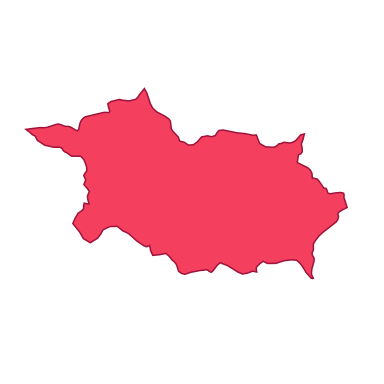 an SVG outline of Louangphrabang, rotated 77°
{"feature_id": "LAO-3289", "entity_name": "Louangphrabang", "entity_type": "Province", "adm_level": 1, "iso_a3": "LAO", "parent_name": "Laos", "parent_adm1": "", "projection": "albers", "projection_center": [102.548, 20.095], "detail": "fine", "context": "isolated", "style": "filled", "palette": "rose", "viewbox_px": 384, "rotation_deg": 77, "n_neighbors": 0, "source": "natural_earth", "source_scale": "10m", "svg_char_len": 2747}
<svg xmlns="http://www.w3.org/2000/svg" viewBox="0 0 384 384"><g transform="rotate(77 192 192)"><path d="M242.0,44.3L243.3,49.7L244.2,52.2L244.8,53.5L245.4,54.4L246.5,54.9L248.4,54.6L251.7,56.1L253.7,58.4L256.7,64.8L260.9,73.9L263.3,78.0L267.1,82.7L269.1,84.6L269.9,85.3L271.3,85.9L273.7,86.2L275.0,86.5L276.2,87.1L277.9,88.4L279.2,88.9L280.8,88.9L281.7,88.6L283.3,88.1L284.5,88.0L286.7,88.6L294.2,92.6L297.8,93.8L299.3,94.0L300.0,94.0L303.3,93.1L303.5,93.8L303.2,94.6L302.8,95.3L295.9,99.0L288.3,101.5L285.0,103.3L281.9,105.5L280.3,111.2L279.7,118.0L280.4,126.5L278.6,134.6L275.5,138.3L277.2,142.2L279.7,146.1L282.1,146.8L284.5,146.9L283.7,148.9L282.8,150.6L283.5,155.8L283.3,161.2L280.6,165.0L271.7,173.9L267.3,180.5L269.0,183.8L273.7,189.5L274.6,191.4L273.3,193.0L271.7,194.2L270.8,196.1L270.9,198.2L270.3,201.4L270.0,211.4L270.6,217.5L268.9,220.6L266.3,222.9L259.6,223.4L256.4,224.7L253.6,226.8L249.5,228.7L246.0,231.2L245.8,237.8L244.9,244.5L240.0,245.5L234.6,245.3L235.2,248.6L233.4,251.2L227.3,256.8L219.4,262.3L216.8,264.8L214.6,267.9L208.6,272.6L207.2,280.0L208.9,287.3L212.6,290.5L215.8,294.4L218.6,302.5L213.0,308.3L205.7,310.5L195.9,315.2L191.2,311.7L186.9,307.6L185.8,304.4L184.1,301.5L181.4,300.8L178.6,299.6L179.7,297.3L180.4,294.9L176.6,295.2L172.8,294.9L170.5,293.5L168.6,291.9L164.7,293.3L160.4,295.7L156.3,292.8L151.7,293.8L149.6,292.0L147.8,289.9L144.4,289.1L140.9,289.3L136.1,290.1L132.0,292.5L130.1,301.2L128.1,303.0L126.0,304.7L124.5,306.7L122.7,308.1L120.1,309.0L118.6,310.9L117.3,316.7L113.2,325.1L106.7,331.2L102.7,332.0L101.5,333.1L100.3,334.6L97.4,336.6L93.6,339.7L95.0,325.9L96.2,321.2L96.4,318.3L95.6,310.0L95.6,307.3L96.4,305.4L99.5,300.8L100.2,298.0L101.3,295.8L105.7,291.2L106.6,289.8L105.3,288.2L100.1,285.8L98.0,284.4L96.4,282.6L95.3,280.7L94.7,278.7L94.6,259.8L95.9,254.9L94.6,253.9L90.8,254.3L87.0,254.1L85.6,250.5L85.5,241.9L86.8,239.3L89.1,232.9L89.0,226.1L87.5,223.4L85.4,221.4L83.5,218.9L80.5,215.1L85.9,213.7L96.7,212.7L101.5,211.4L105.9,208.4L112.8,200.6L116.0,197.9L118.4,197.1L125.7,197.9L127.9,197.3L135.3,193.0L139.6,192.6L141.8,188.3L145.4,185.0L146.3,180.2L144.4,175.6L140.5,170.3L140.7,164.3L142.6,160.4L142.2,156.5L139.9,154.4L138.1,151.9L138.6,147.7L144.4,135.0L147.0,127.3L150.4,119.9L150.9,116.5L159.9,115.2L164.5,110.2L166.5,103.6L166.7,100.9L165.8,98.4L164.6,96.6L164.8,94.7L164.2,91.3L166.3,85.7L166.2,82.7L165.1,79.1L160.8,73.4L160.7,69.5L165.6,71.9L169.8,74.6L173.7,74.8L177.6,75.5L179.2,77.2L179.7,79.9L187.0,82.8L194.6,73.6L197.5,71.7L200.8,70.9L205.3,71.6L207.4,67.3L209.2,66.1L218.1,62.5L218.2,61.7L218.7,60.5L219.9,60.2L223.7,59.8L224.9,57.5L225.0,53.8L225.9,47.1L227.3,44.5L229.2,44.5L231.4,45.2L242.0,44.3L242.0,44.3Z" fill="#f43f5e" stroke="#9f1239" stroke-width="1.5"/></g></svg>